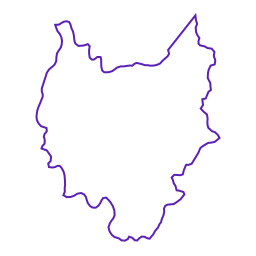 Umburatiba, Minas Gerais, Brazil (Natural Earth projection)
{"feature_id": "56859067B62099334151319", "entity_name": "Umburatiba", "entity_type": "district", "adm_level": 2, "iso_a3": "BRA", "parent_name": "Brazil", "parent_adm1": "Minas Gerais", "projection": "natural_earth1", "projection_center": [-40.673, -17.273], "detail": "fine", "context": "isolated", "style": "outline", "palette": "violet", "viewbox_px": 256, "rotation_deg": 0, "n_neighbors": 0, "source": "geoboundaries", "source_scale": "gbopen_adm2", "svg_char_len": 2757}
<svg xmlns="http://www.w3.org/2000/svg" viewBox="0 0 256 256"><path d="M195.4,15.4L168.1,50.0L169.1,53.7L167.6,56.3L165.3,58.3L162.6,60.7L160.1,63.5L157.6,64.6L154.4,65.5L150.7,65.7L147.8,65.2L145.0,65.2L142.4,64.3L139.6,63.6L136.5,62.9L134.3,63.9L132.4,65.7L130.0,65.5L126.9,65.9L123.8,66.4L120.5,66.4L116.8,67.7L114.7,69.4L112.3,71.1L108.8,72.2L104.3,72.3L102.2,70.5L101.3,66.7L101.2,62.6L101.2,59.9L100.5,57.0L97.3,57.0L94.1,59.5L91.7,59.6L89.7,57.5L89.1,53.3L89.1,50.0L89.7,46.3L87.8,44.1L85.4,45.0L82.8,45.6L78.4,45.9L75.4,43.6L74.5,41.0L74.1,38.2L73.8,35.1L73.0,31.5L71.5,28.4L70.5,24.6L69.2,22.1L66.8,21.3L63.8,21.7L61.1,23.2L59.1,24.6L55.2,24.8L56.3,28.1L57.5,31.1L60.0,34.3L61.4,37.4L62.0,41.0L61.7,44.4L60.9,47.3L58.9,50.3L57.0,53.4L56.4,57.2L56.2,61.2L54.6,64.6L52.8,66.3L51.0,67.7L49.0,69.5L46.8,72.8L45.4,77.5L44.0,81.5L43.0,84.9L41.8,88.2L41.8,91.6L42.7,94.2L42.7,96.9L41.3,100.1L40.1,103.2L38.6,106.6L37.3,110.5L36.8,113.4L36.5,117.0L37.0,120.4L38.7,123.5L41.0,126.2L43.7,127.1L46.5,128.0L46.8,131.2L44.5,134.2L43.8,136.7L44.7,139.6L44.6,143.7L42.4,146.0L41.5,148.5L44.5,149.6L46.7,150.3L48.8,153.2L51.1,156.6L50.6,161.1L48.2,163.5L49.0,167.1L52.5,167.5L54.9,167.1L57.4,165.9L59.7,165.9L61.5,167.8L63.5,171.4L64.5,175.1L64.9,179.8L65.1,184.7L64.7,188.0L64.8,191.8L63.4,195.2L66.7,197.1L70.4,197.0L73.8,195.9L77.4,193.7L81.2,193.0L84.0,194.4L85.8,196.8L86.7,199.7L87.8,203.1L90.3,206.3L93.1,207.7L95.8,207.7L98.4,205.7L100.3,203.0L101.5,200.4L103.1,198.1L106.1,197.6L108.6,200.0L110.6,202.4L112.9,206.3L114.4,210.7L114.6,215.4L113.3,218.3L111.6,220.5L110.0,223.0L108.5,227.2L109.2,230.2L110.2,232.5L112.1,235.1L114.4,237.0L116.8,237.7L119.1,238.5L121.6,240.4L125.1,240.6L127.8,239.1L129.1,236.7L132.3,237.8L134.7,240.2L137.1,240.5L139.0,238.5L141.5,236.7L144.4,236.7L147.1,238.2L149.6,238.7L151.2,236.7L153.3,234.3L155.1,230.9L158.0,227.6L159.5,224.1L161.1,222.2L161.7,219.3L163.4,215.4L164.2,211.9L164.0,208.5L165.3,205.8L167.4,204.7L170.0,204.4L173.7,204.1L178.4,200.9L180.6,199.2L184.4,194.4L183.4,192.0L179.4,190.7L176.6,190.3L175.4,185.7L173.8,183.4L172.8,179.8L171.7,177.5L174.3,174.8L180.2,175.2L182.8,174.4L183.9,170.0L186.1,164.8L188.4,164.9L191.7,163.7L198.3,152.9L200.3,148.1L202.6,146.2L208.2,142.9L211.2,142.6L214.5,142.0L217.3,139.8L219.5,137.9L217.8,134.9L214.7,132.0L212.1,131.3L208.3,127.8L207.5,124.8L207.4,121.0L207.6,118.3L206.9,114.4L203.6,111.7L200.7,108.6L203.0,105.1L202.3,99.2L205.7,98.5L208.4,91.9L210.9,89.9L210.5,87.0L210.3,83.1L207.7,78.0L208.0,72.9L208.6,70.0L210.6,65.6L214.7,64.4L215.3,60.3L213.8,56.0L214.4,51.9L211.6,48.6L207.6,48.1L204.7,46.4L200.1,45.4L198.5,43.6L198.5,41.0L199.4,38.1L197.6,35.5L196.1,32.3L195.7,27.7L197.1,23.9L195.8,19.4L195.4,15.4Z" fill="none" stroke="#5b21b6" stroke-width="2"/></svg>